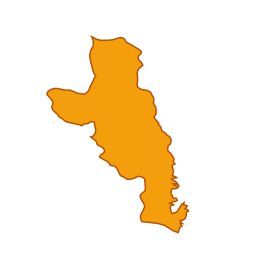 Halland, Natural Earth projection, rotated 203°
{"feature_id": "SWE-187", "entity_name": "Halland", "entity_type": "County", "adm_level": 1, "iso_a3": "SWE", "parent_name": "Sweden", "parent_adm1": "", "projection": "natural_earth1", "projection_center": [12.697, 56.977], "detail": "fine", "context": "isolated", "style": "filled", "palette": "amber", "viewbox_px": 256, "rotation_deg": 203, "n_neighbors": 0, "source": "natural_earth", "source_scale": "10m", "svg_char_len": 3600}
<svg xmlns="http://www.w3.org/2000/svg" viewBox="0 0 256 256"><g transform="rotate(203 128 128)"><path d="M138.8,191.5L139.7,190.1L141.0,187.4L141.5,184.8L141.1,182.3L138.1,176.5L136.3,170.9L134.9,169.3L132.0,168.8L129.6,168.9L125.7,170.0L124.1,170.1L122.6,170.0L121.1,169.6L116.0,165.5L115.1,163.9L114.5,161.1L113.0,159.7L111.2,158.6L109.7,156.6L107.6,151.8L108.2,149.0L108.0,147.6L101.6,144.4L101.2,144.0L101.2,143.5L101.2,143.0L101.0,142.7L100.3,142.4L98.7,142.1L98.2,141.8L96.4,139.3L95.3,138.6L92.2,138.1L89.7,136.9L86.0,136.1L84.2,134.6L83.1,132.4L82.8,129.6L83.0,129.0L83.9,127.9L84.1,127.5L84.0,126.8L83.6,125.5L83.5,124.9L83.3,124.2L82.7,123.2L82.0,122.3L78.9,121.3L75.9,119.5L73.5,117.3L73.3,115.0L72.6,114.7L70.7,113.2L72.6,111.3L72.2,109.6L69.3,106.3L69.0,105.3L68.7,102.7L68.7,101.6L68.1,101.5L65.1,101.7L63.9,101.2L67.0,99.2L68.1,98.1L67.0,97.6L64.8,97.6L62.9,97.2L61.1,96.4L59.3,95.1L62.0,95.1L63.3,94.8L64.7,94.3L63.3,93.6L61.8,93.4L58.7,93.3L58.7,92.5L59.7,91.7L60.4,90.9L61.1,90.2L63.3,89.6L63.8,88.9L63.8,88.1L63.4,87.3L63.5,85.8L62.8,84.6L61.7,83.7L60.6,83.0L60.4,82.6L60.1,82.0L59.7,81.5L59.0,81.2L58.2,81.4L56.6,82.0L56.0,82.1L54.3,80.6L55.6,79.0L58.2,77.2L60.1,75.2L55.3,75.2L57.5,74.2L58.4,73.0L58.2,71.6L55.2,67.0L54.7,66.6L53.7,66.7L53.0,67.3L52.4,68.0L51.7,68.3L50.1,70.2L48.7,78.7L47.3,81.2L46.7,79.0L44.5,79.4L42.9,79.4L44.0,76.0L42.9,76.1L41.8,76.0L40.8,75.8L39.9,75.2L41.1,74.0L41.0,72.4L40.3,70.4L40.0,68.3L40.3,66.2L41.3,64.8L42.6,63.9L44.0,63.1L42.4,62.1L40.7,61.4L41.3,61.3L42.7,60.5L40.7,59.2L40.0,58.8L41.4,56.9L41.0,51.4L45.2,51.0L56.3,52.7L63.7,51.7L79.0,47.2L82.0,51.3L82.2,53.0L82.2,55.3L81.9,57.4L81.8,61.0L81.9,61.6L81.9,62.0L82.4,63.0L84.7,65.2L87.8,67.4L89.3,68.8L90.1,69.9L90.3,70.9L90.1,72.1L89.7,73.3L88.3,75.7L87.9,76.5L88.1,78.2L88.9,80.3L92.0,86.3L93.1,87.7L94.2,88.2L96.8,88.3L98.3,88.0L99.8,87.3L100.9,86.4L101.9,85.2L102.6,84.2L103.4,83.5L107.7,80.7L108.8,80.5L112.5,81.2L115.5,81.2L116.8,81.6L118.2,82.6L122.7,86.7L124.9,87.6L126.3,87.6L128.9,86.8L129.7,86.8L130.5,87.2L131.2,87.9L132.3,88.6L134.1,89.1L141.9,89.9L142.6,90.1L142.9,90.4L142.9,91.2L142.8,92.0L142.5,92.8L140.6,95.6L140.4,96.9L141.3,98.6L142.8,99.7L145.6,100.3L149.3,100.6L150.1,101.0L151.0,102.1L152.0,103.1L152.9,103.7L158.9,105.1L157.2,106.5L156.8,107.5L156.3,109.3L156.3,111.1L156.6,112.8L157.4,114.4L159.4,117.0L161.0,119.7L161.4,120.0L162.3,120.1L163.5,119.8L164.4,119.2L165.1,118.5L166.7,116.5L167.6,115.9L169.4,115.0L170.0,114.5L170.4,114.0L170.7,113.3L171.0,112.6L171.4,112.2L172.2,112.0L174.0,112.0L186.2,109.7L187.9,109.8L189.3,110.0L192.1,110.8L195.3,111.3L196.1,111.6L197.0,112.0L198.2,113.1L201.9,114.2L204.0,115.2L205.6,116.4L206.5,118.3L206.5,119.9L206.6,121.1L207.1,122.2L210.3,124.8L215.6,127.0L216.1,129.4L215.6,130.9L214.0,133.3L212.1,135.0L210.5,136.0L208.6,136.7L200.4,138.4L196.6,140.0L195.3,140.2L188.7,140.3L187.1,140.4L183.8,141.5L182.1,141.7L181.5,142.0L181.0,142.7L179.8,144.7L179.1,146.2L178.8,148.0L179.0,151.6L178.5,157.8L178.7,159.8L178.6,160.9L178.4,161.6L177.9,162.7L178.1,163.2L180.4,164.8L182.2,166.6L188.8,175.2L190.7,178.3L191.8,180.8L192.5,184.7L192.5,186.4L192.4,187.6L192.2,188.3L192.1,189.3L192.3,190.3L192.6,191.6L194.1,194.9L197.1,197.9L192.2,197.4L189.1,197.7L186.2,198.5L179.1,201.7L176.8,203.1L174.7,204.7L172.9,206.4L170.4,208.2L168.1,208.8L166.6,208.7L165.4,208.0L164.3,207.2L162.9,206.4L149.2,204.7L146.1,203.8L145.5,203.3L145.2,202.5L145.2,201.5L145.6,200.3L146.2,199.2L146.4,198.3L146.4,197.5L146.1,196.6L145.7,195.9L145.2,195.4L140.7,193.2L138.8,191.5L138.8,191.5Z" fill="#f59e0b" stroke="#b45309" stroke-width="1.5"/></g></svg>